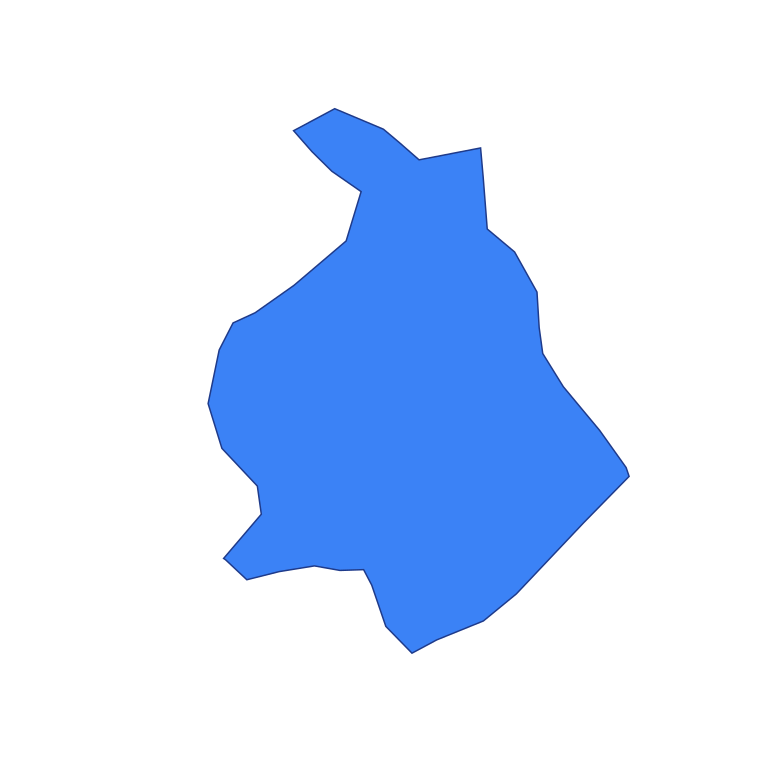 outline of Danilovgrad, rotated 314°
{"feature_id": "MNE-1511", "entity_name": "Danilovgrad", "entity_type": "Municipality", "adm_level": 1, "iso_a3": "MNE", "parent_name": "Montenegro", "parent_adm1": "", "projection": "mercator", "projection_center": [19.12, 42.623], "detail": "fine", "context": "isolated", "style": "filled", "palette": "blue", "viewbox_px": 768, "rotation_deg": 314, "n_neighbors": 0, "source": "natural_earth", "source_scale": "10m", "svg_char_len": 687}
<svg xmlns="http://www.w3.org/2000/svg" viewBox="0 0 768 768"><g transform="rotate(314 384 384)"><path d="M460.6,257.4L506.5,233.9L500.8,198.8L501.1,170.9L503.4,143.0L547.8,157.3L566.9,206.6L568.3,227.1L569.6,253.5L620.9,289.5L601.3,312.1L567.2,350.6L569.7,386.2L556.4,430.2L532.4,456.4L516.2,477.0L506.6,514.9L500.4,571.5L492.1,616.2L487.8,624.5L423.2,624.0L324.9,625.0L282.6,620.1L236.6,599.7L209.8,591.1L210.9,553.7L230.8,514.9L236.3,498.3L219.3,481.8L204.8,460.3L176.2,438.9L147.9,421.3L147.5,392.1L147.1,389.8L205.1,386.2L222.6,363.8L225.1,312.1L247.7,271.1L294.0,241.8L323.1,233.0L345.7,241.8L392.4,250.7L460.6,257.4Z" fill="#3b82f6" stroke="#1e3a8a" stroke-width="1.5"/></g></svg>